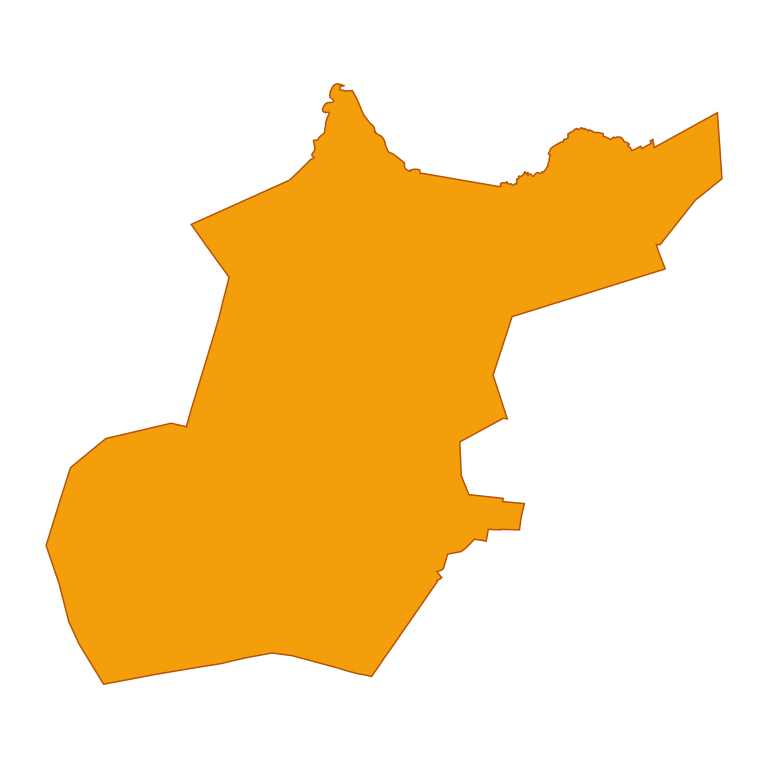 Hellendoorn, Overijssel, Netherlands
{"feature_id": "6326949B74345201863020", "entity_name": "Hellendoorn", "entity_type": "district", "adm_level": 2, "iso_a3": "NLD", "parent_name": "Netherlands", "parent_adm1": "Overijssel", "projection": "mercator", "projection_center": [6.481, 52.39], "detail": "fine", "context": "isolated", "style": "filled", "palette": "amber", "viewbox_px": 768, "rotation_deg": 0, "n_neighbors": 0, "source": "geoboundaries", "source_scale": "gbopen_adm2", "svg_char_len": 6031}
<svg xmlns="http://www.w3.org/2000/svg" viewBox="0 0 768 768"><path d="M103.6,684.2L155.0,674.5L198.3,667.2L221.1,663.6L231.8,661.0L245.9,657.8L271.8,653.0L291.8,655.6L337.5,667.9L345.7,670.5L356.4,673.4L361.1,674.4L362.3,674.4L368.3,675.7L371.5,676.5L376.2,669.9L384.8,657.2L388.7,651.8L401.0,634.0L415.9,612.6L437.5,581.3L437.0,580.6L439.2,579.4L440.2,578.9L441.8,577.4L440.4,576.0L439.2,574.6L438.4,573.4L437.1,571.4L440.4,570.7L441.4,570.2L442.5,569.5L443.5,568.3L447.4,554.9L447.8,554.1L461.0,551.6L465.6,548.3L474.3,539.4L474.7,539.2L486.2,541.1L488.3,529.3L493.0,529.6L500.3,529.8L500.3,529.4L519.5,529.8L520.9,518.4L524.4,503.6L502.8,501.6L503.1,498.4L475.2,495.3L468.9,494.7L461.5,476.3L461.3,476.3L459.8,441.9L503.5,418.2L507.3,418.9L493.1,375.1L512.1,316.6L665.2,268.9L658.8,252.4L656.3,244.6L660.2,244.6L694.7,200.9L695.3,200.2L721.9,178.8L719.9,148.5L717.4,112.7L654.2,147.5L653.0,139.7L652.8,139.5L650.2,140.9L650.3,141.4L650.6,141.8L651.4,143.2L641.8,148.5L641.2,147.5L641.3,147.4L640.7,146.2L633.1,150.3L632.8,150.1L631.9,150.6L631.4,149.9L631.0,149.2L630.7,148.3L630.3,147.6L628.3,146.5L628.2,146.3L628.0,145.8L628.1,145.1L628.2,144.9L629.1,144.8L629.2,144.7L629.2,144.3L629.0,143.9L627.7,143.1L626.6,142.3L626.0,142.0L625.0,142.3L624.3,141.8L623.6,140.7L623.0,139.4L622.3,138.5L621.1,137.6L620.3,137.1L616.6,137.0L615.5,137.8L615.1,137.9L614.2,137.3L613.5,137.2L612.6,137.7L611.8,138.7L611.4,139.0L610.8,139.3L610.5,139.3L610.1,139.2L606.6,137.3L604.9,137.0L604.4,136.7L603.7,136.1L603.4,136.2L603.4,134.8L603.3,133.9L602.4,133.3L601.3,133.4L599.9,132.8L598.9,132.6L598.5,132.6L597.0,132.4L595.5,132.5L594.6,132.2L593.2,132.0L592.6,131.7L592.4,131.5L592.0,130.8L591.9,130.7L591.1,130.7L590.1,130.4L589.7,130.1L589.3,129.9L589.0,129.9L588.8,130.1L588.4,130.8L588.2,130.8L587.6,130.4L586.6,129.4L585.5,129.4L585.1,128.7L584.8,128.5L584.6,128.5L584.3,128.8L583.5,128.5L583.0,128.8L582.8,128.9L582.1,128.1L581.3,127.7L580.8,127.9L579.9,129.0L579.4,129.3L579.0,129.5L578.0,129.3L577.3,128.6L577.0,128.5L576.1,129.0L574.8,129.2L574.4,129.5L573.9,130.4L572.8,131.2L572.3,131.8L571.9,131.7L570.7,132.1L570.2,132.6L569.4,133.0L569.2,134.0L568.0,133.9L567.8,134.7L568.1,135.8L568.1,136.7L567.9,137.3L568.1,137.9L568.0,138.1L567.5,138.2L567.0,138.6L566.2,139.1L565.0,139.4L564.5,139.3L563.8,139.5L563.7,139.6L563.7,140.6L563.6,141.2L563.4,141.5L562.7,141.9L562.1,141.9L561.4,141.9L560.6,142.4L559.6,142.8L553.6,146.3L550.5,148.7L550.1,150.2L549.7,151.3L548.6,153.1L548.3,153.9L548.4,154.1L548.6,154.2L550.4,155.1L550.0,155.7L549.4,157.9L549.4,158.2L549.2,159.4L549.1,159.9L549.3,160.8L548.4,162.3L548.1,164.4L547.7,165.5L547.7,166.6L546.9,167.3L546.0,168.8L544.2,171.2L543.7,172.0L542.8,172.2L542.2,171.7L542.0,171.9L542.1,172.8L541.7,172.9L540.0,173.5L539.4,173.4L539.1,173.3L538.8,172.8L536.8,172.8L536.0,173.3L535.5,173.8L533.9,175.7L533.1,176.2L532.7,176.3L532.1,175.9L530.7,174.0L530.5,173.9L529.4,174.3L528.0,175.2L527.7,175.2L527.6,174.1L528.1,173.1L528.1,172.7L527.3,172.7L526.9,173.3L526.6,173.5L525.4,173.6L525.2,173.5L525.1,172.9L525.4,172.1L525.3,171.9L525.1,171.8L524.5,172.3L523.9,173.6L523.4,173.9L523.3,174.2L523.1,175.0L522.8,175.4L522.3,175.6L521.9,175.7L521.3,176.1L521.0,176.5L520.7,176.7L520.3,176.4L519.6,176.1L519.1,176.1L518.8,176.2L518.4,176.7L518.3,176.9L518.7,177.8L518.8,178.1L518.8,178.3L518.5,178.6L517.1,179.0L516.8,179.2L516.6,179.4L516.7,179.9L516.8,180.0L516.5,182.5L516.8,183.3L516.9,183.7L516.8,183.9L516.6,184.0L514.9,183.9L514.6,184.0L513.4,185.1L512.7,185.4L512.1,185.0L511.3,183.8L511.2,183.8L510.7,184.0L509.9,184.0L509.3,184.2L508.4,183.6L507.6,183.4L507.2,182.0L507.1,181.9L506.6,181.8L505.4,183.0L502.4,182.7L501.6,183.0L500.5,183.9L500.4,184.0L500.5,184.8L501.2,185.4L501.2,185.6L501.3,185.8L500.9,186.2L500.3,186.5L499.1,186.6L422.1,173.3L420.2,173.4L419.6,170.0L419.2,169.7L418.3,169.5L415.2,169.2L413.1,169.4L410.4,170.0L410.3,171.3L409.0,171.1L408.3,170.5L407.4,170.1L406.2,169.3L405.5,168.6L405.0,168.0L404.7,167.4L404.5,166.1L404.5,163.8L404.3,163.0L403.9,162.4L397.5,157.3L393.5,154.3L391.8,153.3L390.8,153.1L389.9,152.6L388.3,151.7L388.0,151.4L385.6,145.3L384.9,142.2L384.4,140.6L383.8,139.4L381.7,136.5L379.5,135.1L378.5,134.8L376.2,133.1L375.7,133.1L375.4,132.8L375.1,132.4L375.7,132.5L375.2,131.9L374.6,129.8L374.5,128.3L374.0,127.1L373.5,126.3L372.2,124.9L371.6,124.4L370.5,123.8L367.2,119.5L364.0,115.3L362.6,112.5L361.4,109.5L360.5,107.5L360.1,106.3L359.5,105.1L359.0,103.7L358.5,102.6L358.0,101.2L352.5,90.8L352.2,90.6L351.7,90.6L345.4,91.0L343.2,90.3L341.7,90.1L339.9,89.6L340.1,88.3L340.1,87.5L340.3,87.0L340.3,86.4L340.4,86.2L341.1,86.0L341.7,86.2L342.1,85.8L343.1,86.0L343.8,85.7L341.7,84.7L339.2,84.4L338.5,83.8L337.0,83.8L335.8,84.2L334.4,85.0L333.2,86.0L332.4,87.1L331.2,89.6L330.6,90.8L330.3,91.8L330.1,93.4L329.8,94.5L329.8,96.0L329.9,96.9L330.1,97.3L331.1,98.3L333.7,100.0L333.8,100.8L333.7,101.0L333.4,101.4L332.1,102.3L330.9,102.5L328.4,102.5L327.4,102.7L326.8,103.0L325.6,103.8L325.3,104.2L324.5,105.1L324.2,105.6L323.6,106.4L322.5,109.4L322.5,110.1L322.6,110.8L322.9,111.3L323.6,111.9L325.4,112.5L325.4,112.4L328.6,112.2L329.0,112.4L329.2,112.6L329.3,113.1L329.2,113.5L329.0,114.1L327.4,117.2L326.8,118.9L325.9,122.1L325.7,123.3L325.7,124.2L324.5,132.5L323.7,133.5L319.7,136.8L319.1,137.8L317.1,140.2L316.6,140.5L314.3,140.0L314.0,140.1L313.7,140.3L313.5,140.6L313.5,141.7L314.2,144.1L314.2,144.8L314.6,146.4L314.8,147.9L314.9,149.1L314.8,149.9L314.5,150.4L311.9,154.3L311.8,154.6L311.8,154.9L312.0,155.5L312.5,156.1L313.5,156.9L314.2,157.6L313.8,158.1L312.3,158.7L311.4,159.1L311.1,159.4L310.8,159.4L303.7,166.5L302.8,167.2L299.2,171.2L297.5,172.6L297.4,172.5L293.8,176.2L292.7,177.1L292.3,177.6L289.4,180.2L191.2,224.4L191.8,225.3L213.3,255.5L229.1,277.2L225.5,291.7L222.9,301.0L222.1,304.9L219.3,316.2L218.0,321.0L212.7,338.8L207.0,357.7L198.5,385.5L190.5,411.9L186.3,426.8L171.1,423.2L106.0,438.5L98.9,444.2L70.5,467.6L60.5,499.0L46.1,545.5L59.1,583.7L68.8,621.7L79.1,644.1L103.6,684.2Z" fill="#f59e0b" stroke="#b45309" stroke-width="1.5"/></svg>